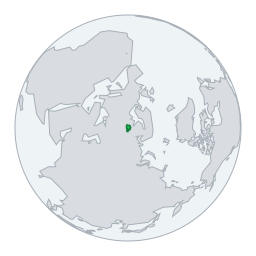 Novgorod highlighted on a globe, orthographic projection, rotated 117°
{"feature_id": "RUS-2334", "entity_name": "Novgorod", "entity_type": "Region", "adm_level": 1, "iso_a3": "RUS", "parent_name": "Russia", "parent_adm1": "", "projection": "orthographic", "projection_center": [32.749, 58.181], "detail": "fine", "context": "on_globe", "style": "filled", "palette": "green", "viewbox_px": 256, "rotation_deg": 117, "n_neighbors": 0, "source": "natural_earth", "source_scale": "10m", "svg_char_len": 11793}
<svg xmlns="http://www.w3.org/2000/svg" viewBox="0 0 256 256"><g transform="rotate(117 128 128)"><circle cx="128" cy="128" r="113" fill="#eef3f6" stroke="#a8b0b8"/><path d="M65.1,34.5L76.6,28.1L69.2,31.9L74.8,28.7L74.0,29.2L80.9,26.1L86.4,23.8L94.6,22.3L99.2,24.8L96.0,25.3L97.5,26.0L101.5,25.5L103.9,25.1L114.4,28.4L127.9,29.5L132.5,28.1L131.2,30.0L140.2,26.3L147.8,26.6L139.0,27.4L137.9,28.4L142.9,29.1L142.8,30.4L145.2,31.5L144.7,33.0L139.6,33.6L139.2,34.6L142.8,35.1L144.5,37.0L139.4,36.2L141.9,39.5L133.8,41.5L120.4,38.7L115.7,41.8L101.1,44.3L102.2,45.6L97.3,47.7L96.7,50.1L94.1,50.0L95.9,52.0L98.3,51.6L99.8,52.3L99.7,53.7L96.5,53.9L96.0,53.2L95.0,54.0L93.5,53.5L94.2,54.5L90.2,54.7L93.9,56.6L90.6,58.5L88.0,58.1L88.6,55.3L84.2,48.1L81.9,47.1L77.9,48.3L69.7,56.1L66.9,56.3L62.9,58.6L64.2,59.7L67.9,58.3L69.4,61.0L73.6,59.2L74.9,60.1L79.1,59.6L78.1,62.7L74.8,66.1L71.2,66.8L69.6,68.4L72.7,70.4L65.8,74.4L60.7,81.9L58.9,82.7L56.0,79.4L56.9,72.6L53.2,69.0L55.1,74.5L50.7,76.8L49.8,78.6L49.8,80.4L51.3,80.8L49.7,82.4L47.2,77.3L48.6,75.8L49.4,77.4L49.7,74.3L48.0,71.2L45.9,72.8L45.5,67.1L44.0,68.2L43.0,67.7L45.5,66.2L41.1,68.8L40.3,63.7L34.3,68.7L40.6,61.4L43.2,57.7L45.7,53.9L44.7,54.6L49.5,49.0L51.5,45.9L49.0,47.7L48.3,48.4L56.4,41.1L65.1,34.5ZM39.8,57.9L39.8,58.0L37.1,61.9L36.1,62.8L39.8,57.9ZM22.7,88.0L21.5,91.8L20.3,95.1L20.6,94.9L19.3,99.3L17.7,109.4L16.0,122.0L16.3,133.5L16.3,138.3L16.1,138.7L16.6,142.6L16.7,143.7L20.6,159.4L24.0,169.4L24.9,172.9L24.2,171.7L21.2,163.7L18.8,155.5L17.0,147.1L15.9,138.6L15.4,130.0L15.6,121.4L16.4,112.9L17.9,104.4L20.0,96.1L22.7,88.0ZM32.9,69.8L26.9,81.3L28.8,76.3L28.7,76.9L30.5,73.6L33.4,68.4L35.5,64.5L32.9,69.8ZM33.7,71.4L34.6,69.6L33.9,71.1L33.7,71.4ZM104.9,24.7L101.6,25.4L98.0,25.5L100.7,24.7L104.9,24.7ZM111.9,25.3L110.4,25.8L108.9,24.7L110.2,24.7L111.9,25.3ZM135.8,26.9L133.1,26.8L135.8,26.5L135.8,26.9ZM145.6,31.4L146.4,31.1L147.3,31.8L145.6,31.4ZM79.4,57.9L79.2,58.7L78.5,58.4L79.4,57.9ZM81.4,57.0L80.6,56.0L81.5,55.4L81.9,56.0L81.4,57.0ZM147.4,34.9L148.6,36.2L146.5,34.9L147.4,34.9ZM82.1,58.3L83.0,54.5L84.5,53.5L87.4,55.0L82.1,58.3ZM148.8,37.1L151.8,40.6L153.8,40.1L149.9,43.7L148.6,39.4L145.7,37.8L148.0,38.0L148.8,37.1ZM99.1,50.8L96.5,51.3L98.8,49.6L99.1,50.8ZM100.2,49.6L105.0,43.7L108.8,43.8L106.4,45.7L111.4,44.9L110.8,47.8L108.0,48.9L105.7,48.2L107.2,49.9L100.2,49.6ZM147.2,45.2L147.2,46.2L146.3,45.2L147.2,45.2ZM100.6,52.5L101.3,51.2L104.6,51.2L103.9,53.7L103.1,52.9L100.6,52.5ZM112.9,43.3L115.3,43.8L115.5,46.3L116.4,46.9L111.1,47.9L112.9,43.3ZM102.2,53.6L103.5,55.0L101.8,56.4L100.2,53.7L102.2,53.6ZM105.7,50.2L107.3,50.3L106.2,51.0L105.7,50.2ZM96.6,62.1L97.2,60.4L99.0,60.3L96.6,62.1ZM104.1,55.5L104.6,55.0L105.4,54.8L105.9,56.0L104.1,55.5ZM111.7,49.6L111.3,50.6L113.8,49.3L114.1,51.2L110.5,51.6L112.2,52.3L112.3,52.9L109.3,52.5L111.7,49.6ZM108.7,56.6L104.2,57.9L102.6,60.9L100.9,61.1L103.9,56.3L108.7,56.6ZM109.3,54.2L108.5,55.7L106.9,55.1L106.4,53.8L109.3,54.2ZM115.6,52.4L116.1,49.4L116.8,49.4L115.6,52.4ZM108.5,57.5L109.6,57.2L108.6,57.8L108.5,57.5ZM113.8,54.1L113.8,53.0L114.7,53.1L113.8,54.1ZM111.7,57.5L110.3,57.9L109.9,57.0L111.7,57.5ZM112.9,56.0L114.1,56.4L110.6,56.4L112.8,55.5L112.9,56.0ZM114.6,54.3L115.1,54.0L114.4,54.8L114.6,54.3ZM114.0,60.9L109.7,61.2L108.8,59.1L113.1,59.1L114.0,60.9ZM102.9,237.8L97.8,236.3L89.1,230.6L91.9,228.8L90.8,226.1L82.3,216.6L84.1,212.8L81.9,210.0L77.3,208.7L74.7,205.2L71.9,203.9L54.7,195.8L49.7,188.7L44.1,171.9L47.3,169.4L48.3,163.3L70.9,153.9L75.3,157.9L92.7,161.9L94.8,163.5L92.3,168.5L105.0,178.4L109.6,174.7L121.5,179.5L129.7,179.5L133.4,169.2L120.0,169.0L118.0,163.7L129.1,159.3L140.9,159.4L140.5,157.4L133.4,153.1L136.5,148.9L131.0,151.2L133.0,153.3L129.6,154.9L127.6,153.1L128.7,151.6L125.3,150.6L120.7,158.0L122.2,161.0L112.9,161.5L114.5,166.6L111.9,168.5L108.2,160.7L108.8,158.0L101.6,148.4L100.1,151.2L106.8,160.6L104.5,159.5L102.6,163.7L102.3,159.7L95.4,149.0L87.3,148.2L76.3,155.5L71.7,154.1L68.1,149.6L72.8,139.4L82.6,143.7L84.3,140.4L82.9,133.6L86.0,135.6L86.6,133.5L90.4,134.8L96.2,131.2L100.1,132.0L102.9,125.5L105.3,125.1L103.0,129.0L103.4,132.2L113.2,133.9L115.2,132.8L116.3,128.5L118.8,129.7L118.6,125.4L124.4,124.3L117.1,122.1L118.1,117.3L121.9,114.1L121.0,112.2L114.7,117.6L113.4,120.1L114.4,122.9L109.8,129.8L106.3,130.3L106.2,121.8L101.3,121.7L103.3,115.4L118.9,104.4L125.1,102.6L134.2,109.5L132.5,112.5L128.3,111.4L131.7,116.8L131.7,114.2L133.8,115.3L135.3,111.2L136.9,111.8L135.6,107.1L137.7,107.3L138.5,110.3L142.5,104.8L147.1,104.3L147.2,102.9L146.1,101.4L152.6,101.9L152.4,100.8L150.2,100.2L148.4,97.7L147.9,93.4L150.1,93.8L150.6,95.4L155.2,99.4L156.2,103.7L157.1,103.4L156.7,99.8L151.2,94.9L150.2,92.3L153.1,94.2L152.0,93.3L152.2,92.1L154.5,91.4L151.5,89.1L150.8,76.4L155.2,73.9L157.9,76.9L159.8,69.0L164.7,67.2L162.6,66.6L162.2,62.7L160.6,63.2L159.6,62.7L157.8,53.3L159.1,51.6L156.0,47.3L155.0,47.1L153.8,48.1L149.9,43.7L153.8,40.1L155.9,40.9L156.9,38.3L161.7,40.5L166.1,41.2L170.8,45.2L173.9,45.6L173.9,44.6L178.1,44.5L186.7,48.1L179.7,49.6L166.8,45.9L172.0,47.7L170.8,48.7L172.7,50.3L176.4,51.5L176.8,50.8L182.6,60.7L191.5,67.7L191.0,63.3L193.4,62.3L203.0,67.4L214.3,83.9L217.6,83.5L219.6,85.2L220.8,89.3L217.9,86.9L216.6,88.8L214.8,86.9L215.6,92.9L213.1,90.5L215.0,96.5L217.2,97.0L217.4,92.4L220.2,98.9L223.8,98.0L227.2,101.5L231.1,115.5L230.6,124.8L231.2,126.5L229.4,127.9L229.5,134.1L234.6,135.8L235.2,137.9L234.2,147.7L233.7,146.4L229.1,150.1L229.9,156.2L233.5,154.5L234.8,157.1L232.8,160.0L231.3,158.0L229.6,159.1L228.9,154.4L225.2,150.2L223.1,155.6L222.1,152.7L216.7,150.9L213.0,158.3L208.0,173.8L209.2,181.4L206.6,187.0L198.7,181.3L195.3,174.8L192.4,177.6L184.3,174.5L170.3,180.6L168.4,178.9L165.7,181.0L160.0,180.4L157.1,177.2L153.6,178.3L161.6,186.5L165.3,185.1L168.4,180.2L169.9,183.3L175.4,184.3L169.2,194.9L148.5,206.8L146.5,201.1L131.3,184.5L131.8,182.2L131.7,182.0L131.5,181.6L130.0,185.2L127.4,181.5L135.5,194.3L136.8,199.4L148.2,207.2L147.1,208.2L150.8,209.4L162.7,204.5L162.8,206.3L157.1,215.8L140.6,227.6L142.9,232.3L141.8,235.7L131.8,238.1L132.9,239.5L127.7,240.0L127.5,240.4L123.5,240.5L122.0,240.5L112.4,239.6L102.9,237.8ZM62.7,162.2L62.0,164.0L62.7,162.2ZM153.3,164.5L160.4,163.2L157.4,157.1L159.9,156.1L157.9,154.5L157.1,156.6L152.4,151.9L155.5,149.0L154.7,146.1L152.3,146.4L147.3,152.4L154.1,159.2L152.4,162.4L153.3,164.5ZM17.7,109.7L17.3,111.5L17.5,109.9L17.7,109.7ZM28.2,76.7L27.3,78.7L26.6,80.2L27.1,78.8L28.2,76.7ZM22.8,93.6L22.1,96.2L22.4,94.0L22.8,93.6ZM26.2,83.1L23.2,91.6L23.9,87.7L25.9,82.4L25.0,85.4L26.2,83.1ZM32.5,71.9L31.7,73.3L31.4,73.4L32.5,71.9ZM33.2,72.5L33.4,72.1L34.0,71.1L33.2,72.5ZM50.9,77.1L51.0,77.5L50.7,79.5L50.1,78.8L50.9,77.1ZM53.5,87.3L50.9,89.6L52.4,87.4L51.1,86.8L52.5,81.5L58.1,82.9L55.3,83.1L53.5,87.3ZM56.1,75.1L54.5,78.1L56.0,74.8L56.1,75.1ZM86.3,121.0L87.4,123.1L85.7,125.2L80.8,124.8L83.2,121.7L86.3,121.0ZM89.4,125.7L90.6,117.6L93.7,117.7L91.8,119.0L93.7,119.9L91.1,122.2L92.8,130.4L91.4,132.8L83.1,130.4L86.6,129.8L85.3,127.6L89.4,125.7ZM88.4,98.4L89.0,95.4L95.0,99.5L93.7,101.9L88.7,101.5L87.2,98.4L88.4,98.4ZM86.9,61.8L86.7,60.7L87.6,60.6L88.5,61.5L86.9,61.8ZM96.7,61.3L88.5,66.7L87.9,65.7L83.9,70.4L80.7,69.5L83.5,66.4L78.0,69.4L79.2,66.3L75.6,68.6L82.1,62.0L82.9,59.4L83.2,62.5L86.1,63.4L87.6,63.0L92.5,60.1L95.8,55.3L99.2,55.6L100.7,57.0L100.4,58.2L98.3,57.6L99.4,59.6L96.2,59.7L96.7,61.3ZM116.5,76.3L114.2,74.7L115.9,79.6L112.7,79.4L113.1,79.9L110.6,81.1L108.2,83.6L106.8,83.1L106.5,84.3L104.8,85.2L103.9,86.7L101.1,86.4L99.8,88.2L99.2,87.0L97.6,90.4L97.5,87.7L95.3,88.7L96.6,90.8L83.4,85.9L77.9,86.2L73.5,88.0L73.8,83.4L78.2,79.0L84.4,75.4L89.6,75.9L88.8,73.8L91.0,73.5L90.7,75.2L92.6,72.4L94.3,72.6L99.8,69.9L101.4,65.9L103.4,64.9L103.7,66.6L105.6,64.4L107.5,67.0L109.0,66.4L112.4,68.5L112.1,72.3L113.8,71.3L116.5,73.0L116.5,76.3ZM114.9,61.6L115.2,66.0L113.6,68.1L108.3,63.7L106.7,63.9L103.3,61.3L105.7,58.3L106.5,59.3L107.8,59.6L106.5,60.4L108.5,60.0L109.6,61.4L111.4,61.4L111.0,62.8L114.9,61.6ZM97.4,162.0L99.1,162.7L101.8,163.1L100.6,165.8L97.4,162.0ZM92.6,154.8L94.2,154.9L93.8,158.7L92.0,158.1L92.6,154.8ZM95.3,151.7L94.3,154.6L93.8,152.7L95.3,151.7ZM104.4,128.9L106.1,128.7L106.2,129.8L105.1,131.1L104.4,128.9ZM121.1,91.2L120.0,89.8L120.6,89.3L120.3,85.5L122.7,85.4L123.8,87.7L121.1,91.2ZM130.9,171.1L128.4,173.1L127.2,172.2L128.3,171.6L130.9,171.1ZM113.6,170.1L117.4,171.8L113.2,170.8L113.6,170.1ZM123.6,90.5L123.3,88.9L124.7,89.9L123.6,90.5ZM124.5,85.2L126.2,86.0L123.0,85.0L124.5,85.2ZM161.1,231.6L153.3,237.1L148.0,238.2L147.0,237.5L149.9,234.6L156.1,232.5L159.2,230.2L161.1,231.6ZM236.7,157.4L236.1,159.7L234.7,163.5L235.3,161.5L237.5,154.4L237.8,153.3L236.7,157.4ZM235.2,161.8L232.8,165.7L227.5,166.3L229.4,163.2L234.6,158.9L234.3,160.4L235.8,158.5L235.2,161.8ZM239.9,139.9L239.6,143.1L238.5,149.3L237.8,151.8L237.4,150.4L237.6,147.6L238.3,145.3L239.3,130.1L239.9,128.3L240.0,133.7L240.4,133.3L239.9,139.9ZM209.7,181.7L212.3,183.8L210.7,186.0L209.7,181.7ZM238.6,122.1L238.9,128.6L238.3,121.6L238.6,122.1ZM237.5,116.8L238.1,117.9L237.4,118.1L237.5,116.8ZM232.2,128.5L231.6,131.2L231.1,130.3L231.5,126.2L232.2,128.5ZM229.8,104.5L231.8,107.4L232.4,108.9L231.1,108.3L229.8,104.5ZM143.5,88.9L141.2,94.1L141.1,98.1L143.6,100.6L139.2,99.5L139.3,93.3L143.5,88.9ZM149.6,77.9L147.5,75.9L149.0,75.4L149.8,75.7L149.6,77.9ZM147.9,77.6L144.1,77.9L143.3,75.9L146.5,76.1L147.9,77.6ZM133.9,84.0L133.0,85.6L131.9,84.7L133.9,84.0ZM240.3,136.8L240.5,132.7L240.6,129.8L240.5,122.7L240.5,123.0L240.5,132.0L240.6,132.4L240.3,136.8ZM240.0,117.8L239.6,118.5L239.7,121.9L238.9,113.5L239.5,114.3L240.0,117.8ZM238.8,115.4L239.0,118.6L238.5,114.3L238.8,115.4ZM238.8,118.5L238.2,117.2L238.3,115.5L238.8,118.5ZM238.8,114.2L237.9,111.1L238.4,111.6L238.8,114.2ZM236.7,114.5L237.9,112.9L237.3,117.2L234.7,112.4L234.8,110.0L236.7,114.5ZM221.3,81.6L219.8,80.7L219.2,78.3L220.4,79.6L221.3,81.6ZM215.8,70.3L218.6,77.5L220.5,83.5L221.1,82.6L223.6,86.1L221.5,86.1L218.4,80.2L217.3,76.1L214.9,73.6L212.8,69.7L209.8,68.0L208.1,65.8L210.5,66.2L215.8,70.3ZM208.5,67.4L202.5,63.5L202.3,60.2L203.6,60.3L206.4,63.4L206.4,65.0L208.5,67.4ZM201.0,61.7L200.8,63.2L191.7,61.8L189.7,60.7L196.6,59.8L196.8,61.2L199.1,62.2L201.0,61.7ZM148.4,46.1L147.3,46.2L148.0,45.5L148.4,46.1ZM158.8,63.0L157.6,62.2L158.4,61.3L158.8,63.0ZM154.5,59.3L154.5,60.9L153.6,59.1L154.5,59.3ZM154.4,64.5L154.0,61.4L155.8,64.6L154.4,64.5Z" fill="#d9dde1" stroke="#a8b0b8" stroke-width="1"/><path d="M130.0,126.2L130.1,126.3L130.1,126.2L130.1,126.3L130.2,126.5L130.3,126.5L130.5,126.5L130.4,126.6L130.5,126.7L130.5,126.8L130.6,126.7L130.8,126.6L131.0,126.7L131.1,126.8L131.1,126.7L131.1,126.8L131.3,126.8L131.5,127.0L131.5,127.3L131.4,127.3L131.2,127.5L131.1,127.4L130.9,127.4L130.8,127.5L130.7,127.5L130.6,127.8L130.4,127.9L130.2,127.9L130.0,128.0L129.9,128.1L129.4,127.9L129.4,128.0L129.3,127.9L129.2,128.0L128.9,128.1L128.8,128.3L129.0,128.3L129.0,128.5L128.9,128.6L128.8,128.8L128.8,129.0L128.7,129.0L128.5,129.3L128.6,129.5L128.5,129.4L128.4,129.4L128.3,129.5L128.2,129.4L128.0,129.5L127.9,129.5L127.7,129.8L127.4,130.0L127.2,130.1L126.9,130.1L126.9,130.3L126.7,130.4L126.4,130.4L126.2,130.4L125.9,130.4L125.7,130.3L125.8,130.2L125.8,129.9L125.6,129.7L125.6,129.4L125.7,129.2L125.6,128.9L125.6,128.7L125.3,128.5L125.3,128.4L125.2,128.4L125.1,128.2L124.9,128.1L124.8,127.9L124.9,127.7L125.0,127.6L125.1,127.4L125.3,127.3L125.3,127.1L125.3,126.9L125.5,126.8L125.8,126.9L125.9,126.7L126.0,126.6L126.2,126.4L126.2,126.2L126.3,126.2L126.4,126.3L126.5,126.4L126.7,126.2L126.8,126.0L126.8,125.9L126.8,125.7L127.0,125.7L127.0,125.8L127.1,125.7L127.3,125.7L127.5,125.7L127.5,125.8L127.5,126.0L127.8,126.0L128.0,126.1L128.0,125.9L128.1,125.7L128.3,125.5L128.5,125.7L128.5,125.8L128.6,125.7L128.8,125.7L128.9,125.8L129.0,125.8L129.1,126.0L129.3,126.1L129.5,126.0L129.8,126.1L130.0,126.2Z" fill="#22c55e" stroke="#15803d" stroke-width="1.5"/></g></svg>